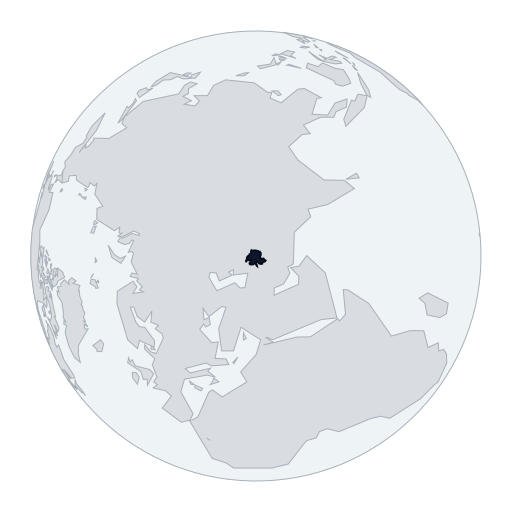 Razavi Khorasan on an orthographic globe, rotated 271°
{"feature_id": "IRN-3245", "entity_name": "Razavi Khorasan", "entity_type": "Province", "adm_level": 1, "iso_a3": "IRN", "parent_name": "Iran", "parent_adm1": "", "projection": "orthographic", "projection_center": [59.461, 35.325], "detail": "fine", "context": "on_globe", "style": "filled", "palette": "ink", "viewbox_px": 512, "rotation_deg": 271, "n_neighbors": 0, "source": "natural_earth", "source_scale": "10m", "svg_char_len": 13128}
<svg xmlns="http://www.w3.org/2000/svg" viewBox="0 0 512 512"><g transform="rotate(271 256 256)"><circle cx="256" cy="256" r="225" fill="#eef3f6" stroke="#a8b0b8"/><path d="M278.2,31.8L283.9,33.0L305.0,38.7L315.8,41.1L310.3,40.6L333.4,46.1L347.5,52.2L329.0,45.2L325.2,44.5L333.5,48.2L331.4,48.4L334.2,50.5L330.9,50.6L320.3,47.2L318.0,47.4L324.0,50.0L324.5,52.3L316.0,48.2L316.0,51.9L298.4,48.2L278.3,39.4L266.0,39.6L238.5,37.3L238.4,38.5L228.0,39.2L224.0,41.1L220.1,40.7L220.3,42.6L224.7,42.7L226.3,43.7L224.4,45.0L219.0,44.5L219.1,43.8L216.6,44.3L214.7,43.6L214.5,44.7L208.2,44.3L211.5,46.7L204.1,48.1L200.7,47.4L204.9,44.8L207.5,38.6L205.3,38.1L198.1,39.3L176.3,46.7L172.3,47.6L164.1,50.8L164.5,51.2L171.0,48.9L169.7,51.0L177.9,48.7L178.5,49.4L185.4,48.6L180.2,51.7L171.3,55.4L165.4,56.5L161.4,58.4L163.6,60.2L149.3,65.5L134.1,75.5L130.9,76.9L130.6,73.7L139.2,65.9L138.9,64.0L134.8,68.6L126.7,73.0L123.6,75.3L121.6,77.4L122.9,77.2L119.3,79.7L122.0,75.5L125.3,73.1L124.4,74.3L128.4,70.9L130.2,69.2L126.9,71.4L140.3,62.7L154.2,55.0L168.7,48.3L183.7,42.6L199.0,38.1L214.6,34.6L230.3,32.2L246.3,30.9L262.2,30.8L278.2,31.8ZM324.0,43.1L319.3,41.4L324.6,43.0L324.0,43.1ZM335.1,50.8L337.1,51.4L337.7,52.3L335.1,50.8ZM187.8,47.0L186.6,47.8L185.9,47.5L187.8,47.0ZM191.9,46.0L192.0,45.2L194.0,44.6L193.9,45.2L191.9,46.0ZM333.2,53.4L333.6,55.0L331.4,52.7L333.2,53.4ZM191.3,47.3L197.4,43.8L200.9,43.0L203.4,44.4L191.3,47.3ZM332.6,55.6L333.5,60.1L338.1,61.5L325.6,60.7L329.0,56.8L325.6,53.6L329.8,55.5L332.6,55.6ZM226.9,42.2L222.2,42.1L227.9,41.1L226.9,42.2ZM230.2,41.3L245.6,37.7L251.7,38.8L245.3,39.6L254.6,40.4L250.0,42.7L243.8,42.7L240.8,41.5L241.4,43.4L230.2,41.3ZM318.6,59.8L317.3,60.6L316.7,59.2L318.6,59.8ZM227.4,44.0L229.9,43.0L235.4,43.8L231.2,46.0L230.8,45.0L227.4,44.0ZM259.3,39.7L262.6,41.0L259.8,43.1L260.7,43.9L250.4,42.9L259.3,39.7ZM228.6,45.5L229.0,47.2L224.7,48.1L225.2,45.1L228.6,45.5ZM238.5,43.2L240.9,43.8L238.2,44.1L238.5,43.2ZM209.6,52.9L212.5,51.2L215.6,51.5L209.6,52.9ZM229.4,47.8L230.9,47.5L232.4,47.5L231.8,48.8L229.4,47.8ZM249.1,44.6L247.2,45.4L253.2,45.1L251.3,47.0L244.8,46.1L246.8,47.2L246.2,47.8L241.5,46.5L249.1,44.6ZM235.8,50.3L226.9,50.3L220.7,53.0L217.8,52.8L228.2,48.5L235.8,50.3ZM239.6,48.1L236.6,49.4L234.5,48.3L235.2,46.8L239.6,48.1ZM252.4,48.7L256.9,46.0L258.2,46.3L252.4,48.7ZM234.4,51.3L236.6,51.3L234.2,51.6L234.4,51.3ZM247.3,49.6L248.8,48.5L250.2,48.9L247.3,49.6ZM239.8,52.3L236.9,52.2L237.3,51.1L239.8,52.3ZM243.6,51.2L245.1,52.0L239.2,50.8L244.0,50.7L243.6,51.2ZM248.4,50.1L249.7,50.0L247.6,50.5L248.4,50.1ZM239.9,56.9L232.3,55.6L233.2,53.0L240.4,54.5L239.9,56.9ZM44.3,275.8L43.6,237.4L48.6,229.6L52.8,215.8L89.8,192.6L94.0,200.7L118.9,211.1L121.4,214.9L114.4,224.6L130.0,249.1L139.7,242.7L157.7,258.0L172.3,262.1L184.5,242.3L160.7,235.1L160.5,223.2L182.8,220.0L204.2,226.9L204.8,222.6L194.6,210.0L202.9,203.9L191.4,205.1L193.6,210.3L186.5,211.5L184.1,206.9L187.1,204.7L181.6,201.0L168.6,213.2L169.4,219.8L152.9,216.8L152.6,227.8L147.0,230.7L145.4,213.3L148.1,208.2L142.3,187.2L137.9,192.1L143.1,212.6L140.0,209.8L134.1,217.5L136.1,209.4L131.6,186.6L119.0,183.2L97.0,195.9L90.9,192.9L88.5,184.2L102.4,164.9L114.5,173.9L119.6,168.1L122.3,155.6L125.7,159.7L128.3,155.9L133.4,159.0L145.5,154.2L151.4,156.6L161.0,146.3L165.4,146.3L158.4,152.2L156.8,158.0L172.1,164.7L176.5,163.5L181.5,156.5L185.1,159.6L188.0,152.0L199.1,152.9L188.0,145.8L193.5,138.3L202.9,134.7L202.7,131.2L187.5,137.2L183.2,140.9L182.8,146.0L169.4,156.1L163.1,155.7L169.5,141.0L161.3,139.2L169.8,129.3L205.8,117.8L218.3,117.9L228.7,133.6L223.0,137.5L216.4,133.6L218.1,144.1L220.1,139.9L223.1,142.8L229.2,137.1L231.6,138.9L233.3,130.6L236.9,132.3L235.8,137.5L247.9,131.3L256.7,133.5L258.3,131.3L257.5,128.3L269.2,133.5L269.9,131.7L266.3,129.2L265.2,124.2L268.0,117.6L271.9,119.7L271.4,122.3L276.3,131.6L274.5,138.9L276.4,139.1L278.9,133.4L272.9,122.0L273.4,117.5L277.2,122.3L275.8,120.2L277.3,118.6L282.5,119.3L278.8,113.9L289.9,96.1L300.9,96.2L303.0,102.0L314.9,93.8L326.4,95.8L323.1,93.4L326.5,88.6L323.0,87.8L321.6,86.4L328.8,75.3L333.5,74.8L332.9,68.5L331.1,67.4L327.6,67.3L325.6,60.7L338.1,61.5L341.3,63.8L346.9,63.2L353.6,68.9L361.6,73.7L365.7,81.1L371.7,84.8L373.2,84.2L382.5,89.3L396.6,102.7L378.7,94.2L356.3,77.3L364.9,84.1L361.0,83.5L362.9,86.7L369.1,91.8L371.0,91.7L371.0,106.9L382.0,124.6L386.0,119.6L392.6,121.9L408.6,140.6L416.7,175.8L425.5,181.6L428.8,187.5L427.2,194.1L422.3,185.7L417.0,185.5L414.5,180.0L410.2,188.8L406.5,181.5L405.0,192.4L410.0,196.8L415.2,191.3L415.5,204.7L425.9,210.7L431.6,222.6L429.1,251.2L419.8,264.7L420.1,269.0L414.1,267.3L409.6,278.4L423.5,295.0L424.4,301.3L415.4,318.5L414.6,314.1L398.7,309.5L398.2,325.3L410.4,332.4L414.6,344.3L406.4,343.9L401.7,333.5L396.1,331.5L395.9,318.3L387.8,301.1L379.3,308.1L378.3,300.1L365.9,286.8L352.8,296.1L333.2,322.7L333.2,343.1L325.2,353.2L308.7,326.8L303.8,307.2L296.2,310.0L280.5,293.9L248.7,293.4L245.6,287.9L239.3,290.2L228.5,284.1L224.4,274.8L217.1,274.7L228.5,299.1L236.5,299.2L245.1,290.8L246.6,299.2L257.3,306.7L240.3,325.6L195.5,338.0L193.6,322.3L172.5,273.9L174.6,269.2L174.6,268.6L174.5,267.5L170.0,274.8L167.2,265.1L175.7,298.7L176.1,311.8L194.8,338.8L192.5,340.7L199.2,346.5L224.0,343.8L223.6,348.7L210.4,369.7L178.3,392.8L184.0,411.3L184.2,425.0L167.5,429.6L172.4,439.7L164.2,440.4L166.0,445.3L161.3,448.2L152.4,448.6L133.5,440.4L129.6,435.9L116.0,422.8L96.1,392.5L98.0,383.1L95.1,372.5L81.8,342.1L84.5,330.3L81.6,322.5L75.3,319.5L72.3,309.9L68.7,306.9L48.6,291.9L44.3,275.8ZM72.9,209.8L70.8,213.6L72.9,209.8ZM224.2,245.5L238.7,248.1L236.6,233.6L242.0,233.6L239.3,228.8L236.4,232.5L230.4,219.7L238.3,216.6L238.8,210.4L233.9,209.3L220.5,217.4L228.9,235.4L223.7,240.6L224.2,245.5ZM126.6,73.2L126.2,73.6L123.6,75.9L123.7,75.4L126.6,73.2ZM118.9,84.2L113.2,88.1L117.3,84.7L116.3,84.4L123.7,77.4L129.6,77.3L125.6,78.4L118.9,84.2ZM135.3,68.9L129.9,72.8L135.6,68.5L135.3,68.9ZM137.4,134.3L137.5,138.0L133.1,141.3L125.6,139.8L131.9,134.9L137.4,134.3ZM138.6,142.8L147.0,129.5L152.0,130.4L147.8,132.0L150.2,134.0L144.1,137.2L140.6,151.8L136.5,155.7L124.9,149.8L131.0,149.3L130.6,145.4L138.6,142.8ZM159.8,98.8L163.5,94.4L169.5,101.9L165.4,105.2L157.6,103.5L158.0,98.6L159.8,98.8ZM194.6,51.1L195.6,49.9L197.1,49.9L197.4,51.0L194.6,51.1ZM210.7,52.1L191.6,56.7L191.8,55.5L180.4,60.4L176.5,59.1L184.0,55.8L172.5,58.9L177.7,55.5L169.8,58.1L187.0,50.9L191.3,48.4L188.0,51.6L191.5,52.7L194.2,52.5L205.3,50.0L216.1,45.7L221.3,46.7L222.0,48.5L220.2,49.6L217.4,48.6L217.0,50.9L211.6,50.3L210.7,52.1ZM227.9,76.5L225.4,73.5L223.6,80.5L218.2,78.9L218.3,79.9L212.8,80.5L206.4,83.1L204.5,81.8L202.8,83.4L199.1,84.1L196.2,85.9L191.8,84.5L187.8,86.7L188.0,84.8L182.3,89.2L184.5,85.4L180.0,86.2L180.2,89.4L163.7,80.1L155.0,80.0L146.5,82.2L151.5,76.2L162.6,70.5L175.9,66.5L183.5,67.8L184.4,65.1L188.3,65.1L186.0,67.2L191.9,64.0L194.5,64.7L206.3,62.7L213.2,58.3L217.7,57.7L216.3,59.8L221.7,57.9L222.1,61.5L225.3,61.3L228.9,65.0L224.3,69.6L228.2,69.0L231.1,72.2L227.9,76.5ZM240.6,58.0L236.4,63.1L231.3,65.0L227.2,57.9L224.2,57.6L221.4,53.7L228.8,51.2L228.9,52.5L230.8,53.2L227.7,53.7L231.6,53.8L231.8,55.7L234.9,56.5L232.7,57.9L240.6,58.0ZM126.6,212.5L129.0,214.4L133.2,215.9L129.6,221.1L126.6,212.5ZM123.2,197.0L125.7,197.6L122.6,205.1L120.2,203.4L123.2,197.0ZM129.7,191.8L126.1,197.0L126.6,193.2L129.7,191.8ZM161.0,152.5L164.0,152.9L163.3,154.7L160.5,156.7L161.0,152.5ZM221.4,99.0L220.8,96.5L222.3,96.0L225.5,90.5L229.7,91.6L229.5,95.3L221.4,99.0ZM179.0,244.8L173.3,247.7L171.7,245.1L174.0,244.6L179.0,244.8ZM149.1,234.6L154.7,239.7L148.0,235.9L149.1,234.6ZM226.5,99.2L227.4,96.8L229.0,98.8L226.5,99.2ZM233.0,92.1L235.4,94.0L230.6,91.1L233.0,92.1ZM280.5,478.9L283.3,478.9L279.5,479.4L280.5,478.9ZM222.1,428.4L212.3,448.9L201.7,447.5L197.7,441.0L200.0,428.1L211.6,425.7L216.7,419.7L222.1,428.4ZM447.4,351.7L450.6,349.4L450.4,350.3L447.4,351.7ZM444.2,352.0L448.2,348.8L443.2,354.4L444.2,352.0ZM449.7,347.6L453.7,342.4L455.5,339.5L455.0,341.5L449.7,347.6ZM441.3,354.4L424.0,365.8L416.6,367.9L418.8,363.9L430.7,357.6L441.3,354.4ZM418.2,364.2L406.4,361.8L387.3,343.6L394.2,341.4L413.6,348.8L412.4,352.0L419.6,355.1L418.2,364.2ZM445.1,331.5L443.8,340.2L434.7,346.1L430.3,347.7L427.3,339.3L429.0,332.9L432.7,330.7L445.0,303.0L449.7,304.1L446.4,314.8L450.2,319.1L445.1,331.5ZM334.4,344.7L340.5,355.1L335.9,357.9L334.4,344.7ZM448.2,285.9L444.4,298.1L447.4,283.5L448.2,285.9ZM449.0,273.3L450.1,277.3L447.4,274.9L449.0,273.3ZM421.6,275.0L417.7,278.4L416.8,275.4L421.2,269.4L421.6,275.0ZM435.9,232.7L438.9,241.7L439.2,245.3L436.0,241.1L435.9,232.7ZM264.1,108.1L255.0,114.3L251.2,120.2L253.5,125.5L246.3,121.0L252.1,111.9L264.1,108.1ZM286.3,97.2L284.2,93.1L287.7,93.5L288.6,94.5L286.3,97.2ZM283.2,95.7L275.9,93.4L276.4,90.3L282.1,92.6L283.2,95.7ZM251.0,95.5L248.0,97.1L246.7,95.3L251.0,95.5ZM417.8,412.8L413.3,417.2L409.7,420.2L414.7,415.0L419.4,405.9L421.0,404.8L425.0,396.5L442.2,376.6L455.8,352.1L460.7,346.2L467.3,329.1L470.8,322.4L467.2,333.9L467.7,333.1L461.8,347.7L454.8,361.9L446.9,375.6L438.1,388.6L428.4,401.1L417.8,412.8ZM455.3,344.9L460.3,334.4L462.5,331.4L455.3,344.9ZM477.1,299.4L476.7,301.1L474.1,309.3L475.5,303.6L475.8,299.2L471.5,306.0L470.6,304.1L472.6,298.5L469.1,301.3L473.1,293.3L474.2,298.3L476.2,288.6L478.6,283.5L480.0,279.4L480.1,279.5L477.1,299.4ZM472.0,309.9L472.6,308.8L471.8,312.1L472.0,309.9ZM463.9,315.7L463.5,318.1L462.3,318.0L463.9,315.7ZM465.6,312.4L469.0,309.9L465.1,314.7L465.6,312.4ZM452.5,318.9L453.9,322.7L458.3,315.3L454.9,323.1L457.3,328.5L456.1,332.6L453.8,326.5L452.1,336.6L450.1,338.3L449.5,331.4L451.8,319.9L453.8,314.1L461.4,304.9L452.5,318.9ZM465.8,306.3L464.8,301.7L465.4,296.8L466.6,298.6L465.8,306.3ZM460.7,291.0L456.8,287.2L454.2,292.7L458.7,277.2L461.9,283.3L460.7,291.0ZM456.1,278.3L453.7,283.4L455.6,275.0L456.1,278.3ZM452.6,281.8L451.4,277.1L453.8,275.7L452.6,281.8ZM457.5,277.2L456.5,268.3L458.5,272.1L457.5,277.2ZM448.1,267.0L454.7,270.6L447.6,273.0L443.3,257.1L446.0,254.2L448.1,267.0ZM437.8,187.7L434.9,183.8L436.2,180.4L437.9,184.0L437.8,187.7ZM437.9,167.3L435.6,178.3L433.4,187.8L435.9,188.2L438.8,197.2L432.9,192.4L431.7,180.2L434.1,174.5L430.8,167.4L430.3,160.1L424.8,152.9L423.4,148.3L429.1,153.2L437.9,167.3ZM422.2,150.1L412.4,136.7L416.6,134.2L419.7,136.5L422.4,143.6L420.1,144.5L422.2,150.1ZM411.3,132.8L408.9,133.7L389.4,119.2L386.3,115.6L403.3,124.5L402.0,125.9L406.1,130.2L411.3,132.8ZM319.7,61.5L317.5,60.7L319.7,60.7L319.7,61.5ZM319.6,86.1L318.1,84.1L320.7,83.9L319.6,86.1ZM315.5,78.7L313.6,80.3L314.0,77.6L315.5,78.7ZM309.5,84.2L312.0,80.5L312.0,85.4L309.5,84.2Z" fill="#d9dde1" stroke="#a8b0b8" stroke-width="1"/><path d="M250.6,245.8L250.8,245.9L250.8,246.0L250.9,245.9L251.0,245.9L251.1,246.0L251.6,246.2L251.8,246.3L252.0,246.3L252.1,246.5L252.2,246.8L252.4,246.8L252.5,246.8L252.9,246.9L253.0,246.8L253.0,246.7L253.4,246.8L253.5,246.9L253.8,246.8L253.9,246.7L254.1,246.8L254.4,246.8L254.5,246.9L254.7,247.0L254.8,247.1L255.2,247.4L255.3,247.4L255.5,247.3L255.7,247.5L255.7,247.8L255.7,248.2L255.8,248.2L255.9,248.4L256.0,248.4L256.0,248.5L256.3,248.6L256.4,248.8L256.5,248.9L257.1,249.0L257.3,249.1L257.6,249.3L257.8,249.3L258.0,249.7L258.1,249.9L258.4,250.3L258.5,250.4L258.6,250.7L258.7,250.8L258.8,250.8L259.3,250.8L259.7,250.8L260.4,250.8L260.8,250.8L261.1,250.8L261.4,250.8L261.4,251.0L261.5,251.1L261.4,251.1L261.4,251.3L261.4,251.7L261.3,251.9L261.4,252.0L261.5,252.1L261.5,252.3L261.6,252.7L261.6,252.8L261.5,253.0L261.4,253.1L261.4,253.3L261.5,253.5L261.7,253.8L261.7,254.0L261.7,254.3L261.7,254.5L261.8,254.8L261.8,255.0L261.7,255.3L261.7,255.5L261.5,255.8L261.6,256.0L261.4,256.1L261.3,256.3L261.3,256.5L261.4,256.8L261.3,257.0L261.3,257.3L261.2,257.4L261.2,257.5L261.2,257.8L261.2,258.0L260.9,258.3L260.9,258.5L260.7,258.7L260.6,258.8L260.4,259.0L260.1,259.0L260.1,259.3L260.3,259.4L260.4,259.5L260.6,259.8L260.4,259.9L260.1,260.0L259.8,260.0L259.7,260.2L259.5,260.3L259.4,260.5L259.3,260.8L259.1,260.9L257.1,260.9L256.6,260.8L256.3,260.3L256.1,260.1L255.8,260.2L255.5,260.4L254.5,260.6L254.4,260.7L254.0,260.6L253.5,260.5L253.3,260.6L253.3,260.8L253.4,261.0L253.4,261.3L253.3,261.6L253.4,261.8L253.3,262.1L253.2,262.3L253.2,262.5L253.3,262.6L253.4,262.9L253.9,263.2L253.8,263.4L253.8,263.5L253.7,263.8L252.5,264.6L252.0,265.3L251.9,265.8L251.7,266.0L251.3,265.6L251.0,265.4L250.8,265.3L250.7,265.3L250.5,265.1L250.3,264.6L250.0,262.9L249.9,262.7L248.9,262.7L248.3,262.6L248.1,262.4L248.0,261.2L248.0,260.5L248.4,259.3L248.7,258.9L250.0,258.1L250.3,257.7L250.2,257.2L249.3,256.5L249.0,256.4L248.1,256.6L246.9,257.2L245.5,257.5L246.1,256.8L246.5,256.5L246.9,256.3L247.5,256.0L247.8,255.7L248.4,254.7L248.4,254.4L248.2,254.2L247.5,253.5L247.4,253.3L247.3,252.8L247.3,252.1L247.3,251.7L247.5,251.4L247.6,251.1L247.5,250.8L247.4,250.7L247.2,250.7L247.2,250.4L247.4,250.0L248.2,249.4L248.7,249.5L250.7,250.7L251.6,250.8L251.9,250.8L252.0,250.7L252.1,250.4L252.1,250.2L251.9,250.1L252.1,249.8L252.1,249.7L251.9,249.5L251.9,249.4L251.9,249.5L251.7,249.6L251.6,249.4L251.4,249.1L251.6,249.0L251.8,248.4L251.9,248.2L252.0,248.0L252.0,247.9L252.1,247.6L251.7,247.2L251.6,246.9L250.2,246.7L250.1,246.4L250.1,246.2L250.3,246.1L250.6,245.8Z" fill="#0f172a" stroke="#020617" stroke-width="1.5"/></g></svg>